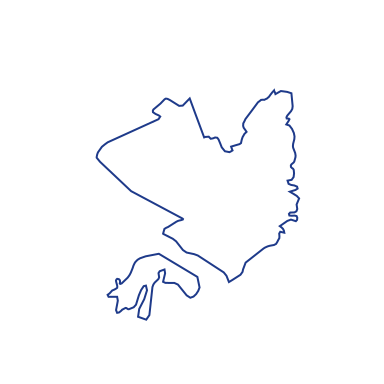 SVG path tracing the border of Sirdaryo, rotated 42°
{"feature_id": "UZB-371", "entity_name": "Sirdaryo", "entity_type": "Region", "adm_level": 1, "iso_a3": "UZB", "parent_name": "Uzbekistan", "parent_adm1": "", "projection": "mercator", "projection_center": [68.713, 40.386], "detail": "fine", "context": "isolated", "style": "outline", "palette": "blue", "viewbox_px": 384, "rotation_deg": 42, "n_neighbors": 0, "source": "natural_earth", "source_scale": "10m", "svg_char_len": 3471}
<svg xmlns="http://www.w3.org/2000/svg" viewBox="0 0 384 384"><g transform="rotate(42 192 192)"><path d="M279.7,234.2L273.7,231.2L269.4,230.5L238.8,235.3L235.1,236.8L228.5,240.6L224.1,241.2L213.2,239.3L209.0,239.6L198.6,242.4L198.4,242.3L196.2,237.9L196.8,235.8L197.6,234.1L200.2,224.7L200.9,222.9L201.7,221.6L202.6,220.4L203.6,218.6L203.4,218.1L202.6,218.1L146.2,232.1L103.4,231.1L98.2,230.3L97.5,229.4L96.4,227.5L95.6,225.5L94.8,218.7L95.4,214.8L96.1,211.5L118.4,160.3L117.9,157.2L116.1,157.3L112.7,158.4L109.6,158.8L108.6,157.9L108.1,156.6L109.4,147.4L109.6,141.5L110.0,140.2L110.9,139.5L112.0,139.0L114.4,138.4L124.8,136.6L127.3,134.0L127.7,124.0L142.3,131.7L164.5,143.3L164.8,142.7L165.1,142.1L166.3,140.9L167.4,139.7L168.8,139.8L170.3,139.9L171.0,139.0L171.7,138.1L172.2,137.1L172.7,136.0L173.6,135.4L174.5,134.8L175.6,135.0L176.6,135.2L180.4,137.0L184.2,138.9L186.7,139.3L189.2,139.7L191.2,138.5L193.2,137.3L193.8,135.7L194.3,134.0L192.5,133.1L190.7,132.1L193.0,128.3L195.3,124.6L195.5,123.7L195.7,122.9L194.9,121.5L194.1,120.1L193.4,118.6L192.8,117.1L192.5,115.5L192.1,113.9L192.2,112.3L192.3,110.8L189.9,110.2L187.5,109.7L186.6,109.2L185.7,108.6L185.0,107.7L184.2,106.7L183.6,104.3L182.9,102.0L182.0,91.6L181.0,81.2L181.4,79.3L181.7,77.3L182.3,76.7L182.8,76.1L183.4,75.6L184.0,75.2L184.6,73.7L185.2,72.3L185.3,71.1L185.5,69.9L185.2,67.1L185.0,64.4L185.0,63.0L185.0,61.6L185.4,61.9L185.9,62.1L186.7,62.4L187.6,62.8L188.0,63.1L188.5,63.4L189.5,60.4L190.5,57.5L193.1,55.7L195.8,53.9L199.8,52.1L209.4,60.9L210.9,63.1L211.5,65.6L211.7,71.5L212.2,73.3L213.2,74.0L214.9,72.7L215.7,72.7L216.2,74.4L216.9,78.7L219.9,77.4L224.1,78.2L228.2,80.0L231.0,82.1L232.7,84.3L234.9,88.5L236.3,90.4L237.5,91.4L242.6,94.0L244.6,95.6L245.6,96.9L247.6,100.9L247.8,102.0L247.4,104.9L247.6,106.0L248.8,107.2L250.2,107.3L251.5,107.1L252.8,107.5L255.4,109.9L257.5,112.9L257.9,116.3L255.4,119.6L258.3,121.3L261.0,120.4L263.6,118.7L266.5,117.7L268.2,118.8L267.5,121.3L264.5,126.3L272.5,124.8L275.9,125.1L278.1,131.3L281.6,134.2L282.5,136.5L281.8,138.6L278.7,141.6L278.7,143.4L280.1,144.3L282.0,142.9L284.0,140.9L285.8,139.9L287.5,140.7L288.7,142.4L288.7,144.2L284.0,146.3L282.2,149.7L280.1,158.6L282.2,158.4L284.2,158.5L286.1,159.2L287.8,160.5L284.2,162.5L284.6,164.5L286.6,166.4L287.8,167.9L288.2,169.9L288.8,172.1L289.2,174.3L288.4,176.5L285.7,180.0L284.6,181.8L283.5,184.3L283.0,186.0L279.1,208.6L281.8,215.5L283.0,217.5L283.4,221.1L280.7,230.9L279.7,234.2L279.7,234.2ZM252.8,251.5L261.5,257.9L262.8,261.3L263.4,265.1L263.1,268.7L261.5,271.7L257.2,272.4L243.5,270.2L239.7,271.4L233.1,277.3L230.6,278.1L226.4,270.4L223.4,268.0L221.0,272.5L221.4,274.7L224.7,277.4L225.3,279.3L224.9,284.3L225.2,286.6L226.2,289.1L242.7,312.0L243.4,317.5L235.4,320.8L231.0,314.2L228.2,303.6L224.3,295.1L220.4,292.4L219.1,294.3L219.8,298.9L221.6,304.2L225.8,313.2L225.8,316.7L223.5,321.4L222.8,321.9L220.8,322.2L220.2,322.6L218.8,326.3L218.9,326.6L218.8,327.9L218.4,330.3L217.2,331.9L214.6,330.6L209.6,322.4L206.5,320.0L200.1,325.7L198.1,324.9L198.6,322.4L198.6,318.6L199.6,316.5L200.2,314.7L200.5,313.3L199.9,312.4L199.0,311.6L195.6,309.4L194.7,308.6L194.4,307.6L194.5,306.6L196.0,305.7L197.2,305.8L198.2,306.4L199.0,307.4L199.6,308.4L200.2,308.3L200.9,307.0L201.5,298.8L201.3,296.6L201.1,295.2L200.5,292.9L198.9,288.5L198.5,287.6L198.4,287.3L197.8,286.0L197.1,283.7L196.8,282.3L196.8,280.7L196.9,278.8L197.7,276.1L200.6,270.8L208.7,260.1L252.8,251.5Z" fill="none" stroke="#1e3a8a" stroke-width="2"/></g></svg>